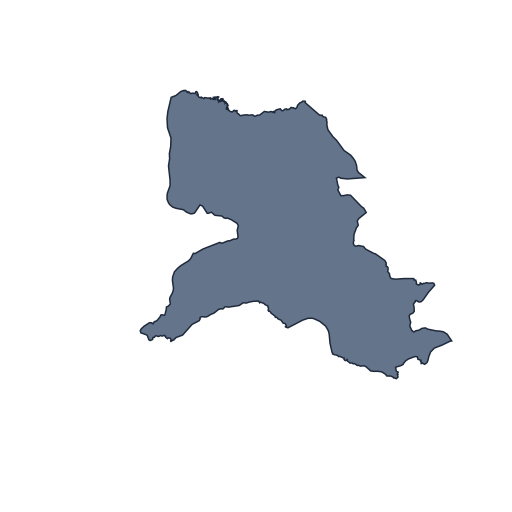 Xay, Oudômxai, Laos (Natural Earth projection), rotated 239°
{"feature_id": "54806243B51334446972135", "entity_name": "Xay", "entity_type": "district", "adm_level": 2, "iso_a3": "LAO", "parent_name": "Laos", "parent_adm1": "Oudômxai", "projection": "natural_earth1", "projection_center": [101.969, 20.735], "detail": "fine", "context": "isolated", "style": "filled", "palette": "slate", "viewbox_px": 512, "rotation_deg": 239, "n_neighbors": 0, "source": "geoboundaries", "source_scale": "gbopen_adm2", "svg_char_len": 6123}
<svg xmlns="http://www.w3.org/2000/svg" viewBox="0 0 512 512"><g transform="rotate(239 256 256)"><path d="M267.1,389.7L274.9,386.8L277.7,386.9L281.5,388.7L286.0,389.8L289.7,389.7L293.6,389.1L301.1,385.8L313.8,384.6L318.5,383.4L325.1,382.8L327.3,382.7L331.7,384.2L334.8,386.1L335.9,386.2L336.6,386.9L338.9,387.2L340.3,385.7L341.8,385.0L342.5,385.3L344.1,383.0L361.9,377.2L362.7,377.3L363.1,377.9L363.6,377.6L364.6,376.0L364.4,374.1L364.7,372.5L363.8,369.3L362.3,367.6L361.9,365.6L363.7,364.5L363.7,364.0L364.9,363.1L365.3,362.3L364.8,361.1L364.8,359.6L365.4,358.6L365.4,357.9L366.4,357.9L367.1,355.8L366.6,354.6L366.8,353.7L367.5,352.9L369.7,352.6L370.8,348.7L370.5,346.8L369.5,346.2L369.3,345.6L370.8,345.3L370.6,344.3L371.6,343.9L372.4,342.6L372.7,341.0L375.6,337.6L375.0,332.0L375.0,331.3L376.1,329.6L376.0,328.7L376.5,326.7L378.3,326.1L379.1,325.2L380.2,322.6L381.9,320.7L383.7,316.8L383.9,315.5L385.0,314.5L386.9,314.2L387.9,313.5L388.7,313.6L390.4,314.6L390.9,313.7L390.7,312.9L392.0,312.6L392.2,311.6L391.6,310.3L392.6,308.7L394.6,307.7L396.4,308.0L395.9,307.2L396.4,306.9L397.0,307.3L396.9,306.5L397.3,306.3L398.2,307.0L398.4,307.4L397.9,307.6L398.2,308.2L399.4,308.4L399.1,309.1L399.4,309.6L401.4,309.8L401.7,309.0L402.2,308.8L403.0,309.6L403.3,309.0L403.1,308.4L404.0,309.0L404.3,308.2L405.2,308.6L405.4,307.8L406.0,307.6L406.4,307.9L406.5,306.9L407.3,308.4L407.9,308.6L408.7,307.2L408.7,306.6L408.2,306.4L407.4,307.1L407.6,306.4L406.9,305.9L407.3,305.2L407.3,304.5L408.3,305.1L408.6,304.7L407.3,304.0L407.2,303.5L408.4,304.1L408.9,303.4L409.9,304.1L410.4,303.7L411.0,304.1L411.2,305.6L411.6,305.9L412.5,304.9L412.4,303.9L413.3,302.9L413.9,301.1L413.5,301.0L413.0,301.7L411.6,302.2L411.2,302.2L411.1,301.8L411.9,300.7L412.9,300.4L412.6,299.9L413.8,299.2L413.8,297.9L414.5,297.7L415.1,298.2L416.1,296.1L418.2,293.6L417.8,292.4L420.2,291.0L419.9,290.4L420.6,290.2L421.0,289.2L422.5,288.7L423.9,289.4L424.1,288.5L424.8,288.5L425.5,289.9L427.5,289.8L427.8,289.0L426.6,287.5L428.1,285.8L429.0,283.5L431.3,283.0L430.9,282.4L431.4,281.5L432.3,281.7L432.6,281.2L434.1,281.1L434.6,280.4L434.6,279.3L435.2,279.1L435.7,276.1L434.8,270.1L435.7,265.0L425.2,254.8L419.6,250.5L411.5,246.2L400.9,243.9L393.8,239.3L388.4,234.5L383.8,232.0L378.3,227.4L365.3,221.4L360.6,218.6L355.5,212.4L353.8,211.0L350.2,208.9L346.7,208.4L344.5,208.5L340.8,209.8L338.1,212.0L333.1,217.6L329.4,219.0L326.0,221.5L325.2,222.6L324.5,225.1L324.9,226.4L328.6,234.3L326.3,235.9L317.7,236.2L317.2,237.0L316.5,240.3L312.1,241.7L307.8,247.4L305.3,248.1L303.7,249.6L303.5,250.8L299.9,253.5L293.7,256.6L292.2,256.5L290.9,256.3L287.7,253.1L281.9,250.6L280.7,249.4L280.9,247.0L282.0,245.8L282.6,241.1L283.5,239.6L284.4,233.4L286.3,232.0L289.3,214.2L289.5,205.0L290.6,203.7L287.3,198.4L286.6,195.6L286.5,186.7L285.9,182.8L284.5,178.0L280.9,173.7L278.2,171.8L270.9,168.7L269.0,167.2L267.2,165.0L264.8,160.9L263.3,159.6L259.0,157.9L258.2,155.1L258.4,152.9L256.6,151.7L252.5,147.6L252.3,147.1L254.2,144.9L254.4,144.1L253.2,142.3L251.9,138.6L251.6,137.2L252.1,135.0L250.9,132.8L252.6,132.1L253.7,130.3L253.5,124.1L252.7,120.2L251.7,118.4L249.5,117.7L245.1,121.3L244.0,121.9L239.3,121.0L238.0,121.8L237.7,124.4L239.0,125.4L239.2,126.0L238.6,127.0L239.3,128.4L238.8,129.7L237.6,130.4L237.1,131.6L236.9,133.4L235.8,134.2L235.4,135.2L235.3,136.4L234.6,136.5L233.7,137.3L232.9,136.7L230.8,137.5L231.0,138.6L229.6,140.2L227.8,140.0L227.3,139.1L226.6,139.1L226.5,140.2L226.8,140.8L226.3,142.3L226.9,142.7L226.8,144.1L227.3,145.6L226.0,152.3L230.3,166.0L229.8,173.9L230.9,175.8L232.1,176.2L232.2,177.1L231.6,178.8L230.4,180.2L229.3,182.3L229.1,183.8L229.3,186.2L228.7,190.9L229.5,196.4L228.7,199.0L227.8,200.0L227.7,201.0L228.3,202.6L228.3,203.6L226.3,206.2L222.2,216.2L222.5,220.9L220.7,223.4L219.9,226.7L218.5,230.5L216.0,235.0L214.0,235.0L214.1,236.0L211.4,238.3L209.7,238.7L206.9,240.5L205.9,239.9L204.7,239.8L203.2,238.4L202.0,238.5L201.7,239.2L200.7,239.5L199.2,239.5L194.9,241.3L193.5,241.0L192.7,242.2L190.7,242.5L188.1,244.4L184.7,244.6L183.0,246.2L180.7,246.2L180.3,244.8L179.9,244.8L178.0,246.4L177.0,262.9L175.9,268.2L174.3,271.2L172.8,273.1L167.1,277.0L160.0,279.6L154.9,279.5L151.6,278.6L143.1,274.5L134.1,271.5L133.2,271.7L132.6,271.2L130.7,272.6L130.0,273.7L128.5,274.7L127.2,275.0L126.9,276.1L124.0,278.0L123.2,279.0L122.0,278.2L120.6,278.5L120.2,279.0L120.2,280.8L119.2,280.2L115.7,281.5L114.8,283.4L113.6,283.7L112.8,285.2L110.0,286.4L109.7,287.4L107.9,288.7L106.1,292.2L104.4,293.3L98.4,295.1L96.3,297.8L94.4,301.1L91.8,304.2L87.9,306.1L85.8,306.3L83.8,309.5L81.8,311.1L80.6,311.1L80.2,311.9L78.6,313.0L78.9,315.0L79.3,315.5L80.6,315.7L81.2,316.6L81.9,316.2L83.2,318.1L84.5,317.1L85.2,317.0L88.8,318.4L87.4,323.7L87.3,326.3L87.9,327.0L89.1,330.4L89.2,333.8L88.0,340.4L86.5,342.4L84.1,341.6L81.6,343.7L80.9,342.8L80.3,343.1L78.8,342.2L78.5,342.7L78.6,343.5L76.4,344.6L76.3,346.1L76.7,347.9L77.8,349.4L80.9,352.5L83.8,356.2L85.2,361.4L83.8,369.7L83.0,378.5L82.4,380.0L90.5,379.6L94.5,377.6L97.1,374.7L99.0,371.9L104.9,365.5L107.1,364.2L108.5,361.0L108.5,357.5L109.6,354.5L109.5,352.2L112.0,351.2L116.8,351.8L119.6,354.5L123.0,355.3L125.9,356.5L126.6,358.4L126.2,360.8L127.0,363.1L130.9,365.2L133.8,366.2L134.8,369.2L135.6,369.7L135.0,370.9L133.6,371.2L132.4,372.3L131.8,374.0L132.3,376.6L136.1,385.2L138.9,394.0L139.9,394.3L141.1,394.3L142.0,393.4L143.8,390.0L145.3,388.4L145.7,386.2L146.3,385.5L146.2,383.9L148.2,383.2L148.3,382.7L147.3,382.2L147.1,381.6L147.9,379.8L149.6,379.1L150.5,379.8L153.0,380.5L154.2,379.1L155.1,379.6L155.7,379.2L160.5,371.1L164.3,363.6L167.0,360.4L168.1,360.1L170.8,360.6L172.0,361.3L174.9,360.9L176.7,362.5L178.2,363.2L179.4,363.0L180.1,362.2L181.7,363.2L182.1,363.1L182.8,364.0L185.8,364.1L196.3,359.5L197.8,358.1L205.5,353.5L208.7,353.1L212.2,349.3L212.9,346.5L214.9,345.6L216.5,345.9L218.1,346.9L218.9,348.1L219.9,348.3L224.1,351.2L228.4,356.6L229.7,359.5L233.8,360.8L235.1,363.3L236.5,372.9L241.4,373.0L244.2,371.8L259.4,368.3L261.4,365.7L262.6,362.3L264.0,359.8L270.6,360.2L272.1,362.3L275.1,362.8L281.4,365.1L280.9,367.7L279.0,368.7L275.0,374.0L267.1,389.7Z" fill="#64748b" stroke="#1e293b" stroke-width="1.5"/></g></svg>